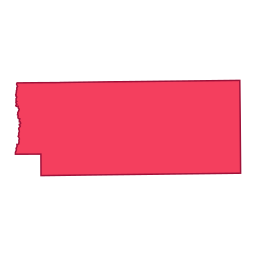 Sampov Lun, Batdâmbâng, Cambodia
{"feature_id": "14789045B67419263387290", "entity_name": "Sampov Lun", "entity_type": "district", "adm_level": 2, "iso_a3": "KHM", "parent_name": "Cambodia", "parent_adm1": "Batdâmbâng", "projection": "natural_earth1", "projection_center": [102.379, 13.419], "detail": "fine", "context": "isolated", "style": "filled", "palette": "rose", "viewbox_px": 256, "rotation_deg": 0, "n_neighbors": 0, "source": "geoboundaries", "source_scale": "gbopen_adm2", "svg_char_len": 1838}
<svg xmlns="http://www.w3.org/2000/svg" viewBox="0 0 256 256"><path d="M239.8,80.4L177.6,81.1L124.8,81.7L111.2,81.8L89.0,82.1L60.0,82.5L59.5,82.6L39.5,82.7L17.6,82.9L17.1,82.9L16.6,83.9L16.6,84.3L16.8,84.8L17.2,85.5L17.3,86.2L17.6,86.5L17.2,87.2L16.8,87.7L16.8,88.5L16.9,89.5L16.6,90.2L16.5,90.6L16.3,91.0L16.4,91.5L16.5,91.9L16.4,92.4L16.1,93.0L16.1,93.4L16.2,93.9L16.0,94.3L15.7,94.7L15.8,95.1L16.1,95.4L16.0,95.7L15.9,96.0L16.4,96.5L16.7,96.8L16.7,97.4L16.4,98.1L16.0,98.8L16.1,99.4L16.1,100.1L16.1,100.5L16.0,101.0L16.7,101.4L16.1,102.0L15.9,102.6L16.1,102.9L16.2,103.4L16.7,103.8L16.8,104.4L16.3,104.8L15.9,105.1L15.8,105.8L16.3,106.2L16.6,106.4L17.5,106.4L18.1,106.3L18.2,107.2L18.2,107.7L18.6,108.6L19.1,108.9L19.2,109.3L19.2,109.6L18.9,110.2L18.7,110.4L18.6,111.3L18.1,111.9L17.8,112.6L17.7,113.0L17.9,113.6L17.7,114.4L17.5,114.8L17.9,115.1L18.2,115.6L18.2,116.3L17.9,116.8L18.0,117.6L18.2,118.2L18.5,118.6L19.4,118.7L19.8,118.8L19.6,119.6L19.4,120.3L19.3,120.9L19.3,121.3L19.4,121.9L20.1,121.8L20.6,122.9L20.6,123.6L20.3,123.9L19.9,124.0L19.3,124.3L19.2,124.9L19.6,125.3L20.0,125.7L20.3,126.1L20.2,126.5L19.7,127.0L19.3,127.5L19.0,127.9L18.7,128.3L18.8,129.3L19.0,129.8L19.2,130.4L19.3,131.2L19.3,132.0L18.9,132.5L18.8,133.4L18.6,134.0L18.8,134.6L18.9,135.1L18.4,135.8L18.1,136.3L18.3,136.6L18.9,137.3L19.0,137.8L19.3,138.4L19.4,139.1L19.0,139.7L18.9,140.6L18.9,141.3L19.2,141.8L19.1,142.3L18.8,142.7L18.8,143.6L18.6,144.0L18.0,144.2L17.4,144.8L16.9,144.6L16.9,145.2L17.1,145.8L17.1,146.6L16.8,146.9L16.5,147.4L16.5,147.5L16.4,147.9L16.1,148.4L16.4,148.7L16.5,149.2L16.2,149.7L16.2,150.3L16.2,150.8L15.8,151.3L15.6,151.8L15.4,152.5L15.4,153.0L15.4,153.5L15.4,154.2L40.9,154.1L41.0,175.6L111.2,174.7L240.6,173.2L240.5,158.7L240.2,120.4L240.2,119.5L239.9,90.2L239.8,80.4Z" fill="#f43f5e" stroke="#9f1239" stroke-width="1.5"/></svg>